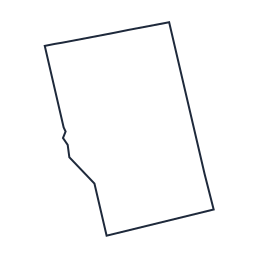 Grady, Georgia, United States of America (orthographic projection), rotated 166°
{"feature_id": "52423323B79545259368110", "entity_name": "Grady", "entity_type": "district", "adm_level": 2, "iso_a3": "USA", "parent_name": "United States of America", "parent_adm1": "Georgia", "projection": "orthographic", "projection_center": [-84.202, 30.877], "detail": "fine", "context": "isolated", "style": "outline", "palette": "slate", "viewbox_px": 256, "rotation_deg": 166, "n_neighbors": 0, "source": "geoboundaries", "source_scale": "gbopen_adm2", "svg_char_len": 372}
<svg xmlns="http://www.w3.org/2000/svg" viewBox="0 0 256 256"><g transform="rotate(166 128 128)"><path d="M64.6,28.2L64.8,65.1L62.5,220.7L65.0,220.8L104.3,223.1L104.8,223.1L118.2,223.7L171.4,226.7L178.7,227.3L188.9,227.8L190.3,144.1L189.4,139.7L193.5,134.0L190.6,126.2L192.0,113.8L174.0,82.2L174.8,28.7L64.6,28.2Z" fill="none" stroke="#1e293b" stroke-width="2"/></g></svg>